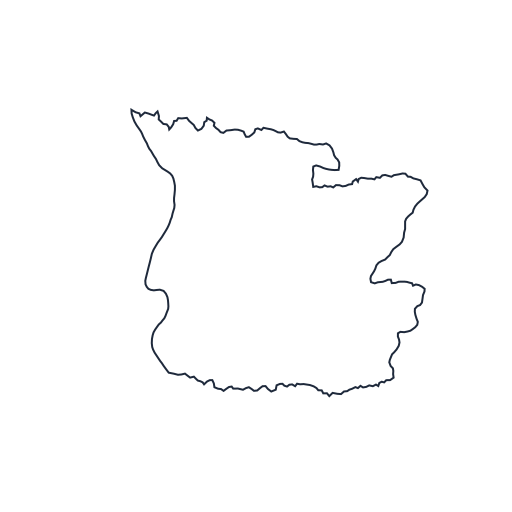 the district of Ibiaí, Minas Gerais, Brazil, rotated 28°
{"feature_id": "56859067B65559545591496", "entity_name": "Ibiaí", "entity_type": "district", "adm_level": 2, "iso_a3": "BRA", "parent_name": "Brazil", "parent_adm1": "Minas Gerais", "projection": "mercator", "projection_center": [-44.794, -16.832], "detail": "fine", "context": "isolated", "style": "outline", "palette": "slate", "viewbox_px": 512, "rotation_deg": 28, "n_neighbors": 0, "source": "geoboundaries", "source_scale": "gbopen_adm2", "svg_char_len": 4915}
<svg xmlns="http://www.w3.org/2000/svg" viewBox="0 0 512 512"><g transform="rotate(28 256 256)"><path d="M233.7,400.0L238.7,398.5L242.9,397.5L245.8,395.6L248.5,393.2L251.2,393.7L254.9,394.3L257.8,391.7L260.6,392.6L263.1,393.3L265.7,392.7L268.2,392.6L270.4,393.7L271.7,389.8L273.5,387.3L275.7,386.1L278.6,388.3L280.9,391.4L284.8,391.0L287.6,389.9L290.7,390.3L291.9,387.7L293.6,384.4L295.8,382.7L298.1,383.8L302.3,381.5L307.3,380.2L309.2,377.3L311.3,375.2L314.6,375.5L317.5,376.0L320.2,374.2L321.7,370.5L322.9,367.9L325.5,366.4L328.9,367.8L333.1,368.5L336.2,364.8L334.9,360.5L337.2,357.7L339.4,356.4L341.9,357.2L344.7,356.7L345.9,354.0L348.2,352.4L351.7,352.6L352.2,349.5L355.1,348.6L358.2,346.7L361.1,345.7L364.2,344.6L368.1,344.0L371.4,344.2L374.0,345.3L377.1,343.8L379.9,345.7L383.1,343.9L386.5,345.3L387.9,340.9L392.5,339.5L395.9,338.0L397.3,334.3L400.0,332.5L401.2,330.2L403.2,328.1L405.3,325.1L408.0,324.8L409.2,321.6L412.2,321.8L414.8,319.8L416.7,317.1L420.3,316.1L422.3,313.2L425.0,313.4L424.5,310.2L426.0,308.0L428.5,307.4L429.3,304.5L432.7,302.6L434.6,298.8L432.5,295.9L431.2,293.0L429.6,290.9L426.5,289.9L423.6,287.3L422.9,284.8L422.6,282.0L422.3,278.9L423.2,276.1L424.0,272.4L424.2,268.3L423.3,265.0L421.5,262.6L419.1,260.5L417.6,257.6L419.1,255.2L422.6,253.7L425.3,251.5L427.4,249.5L428.6,247.2L430.0,244.2L430.7,241.1L429.8,238.2L427.2,236.0L424.3,233.1L422.4,230.7L421.1,228.0L422.0,224.5L423.9,222.3L424.4,219.2L423.1,215.6L421.8,212.1L421.4,208.2L420.3,205.8L417.1,205.2L413.5,205.2L410.5,206.1L408.6,208.5L406.6,206.8L404.0,207.5L401.5,208.0L399.0,209.0L396.2,210.5L394.0,211.8L391.9,214.2L388.6,216.2L386.2,213.6L383.6,215.0L381.9,217.3L380.0,219.3L375.9,222.0L373.7,224.4L369.9,225.1L367.7,222.4L366.9,219.7L367.2,216.6L367.4,214.0L367.3,211.2L366.7,207.7L367.4,204.4L369.2,201.5L371.7,198.5L372.7,195.1L373.7,192.4L373.6,189.0L374.0,185.5L375.5,182.2L377.4,178.3L378.2,175.0L377.7,170.4L375.8,165.8L375.0,162.2L373.3,159.0L371.4,155.4L371.1,152.6L371.8,149.6L372.8,146.9L374.0,144.2L373.3,141.2L373.2,137.6L373.9,134.0L375.0,130.9L376.1,128.0L377.3,124.8L377.7,121.2L376.7,117.7L372.4,116.3L369.5,114.5L365.8,112.0L362.1,112.7L358.5,113.6L355.3,113.5L352.9,114.6L349.3,113.2L346.7,114.3L343.6,117.0L339.8,119.9L338.4,122.4L335.4,123.1L332.0,123.8L329.7,125.5L328.7,128.8L325.2,129.9L324.6,132.7L321.4,133.6L318.5,135.2L315.1,136.3L312.2,137.5L310.5,139.8L311.1,142.5L308.3,141.1L306.5,144.8L307.1,147.4L304.3,149.4L302.3,152.0L299.7,153.9L296.5,154.3L293.3,155.9L292.0,159.2L289.2,159.4L286.6,161.2L283.4,161.5L282.2,164.1L280.0,165.5L276.5,166.1L274.1,168.1L271.5,164.5L269.6,162.1L269.2,159.2L268.0,156.4L265.9,153.3L264.6,150.1L266.6,147.8L270.6,146.9L274.2,146.7L276.8,146.2L279.7,145.4L282.4,144.4L285.1,143.2L288.5,141.2L287.2,137.3L285.5,134.3L282.7,132.5L280.3,131.9L277.7,130.4L275.6,128.1L272.7,125.5L269.0,123.8L265.1,123.7L262.8,126.1L259.3,127.4L257.3,129.1L255.0,130.4L252.6,130.9L249.3,131.7L246.3,133.0L243.6,133.8L240.4,134.2L237.2,133.5L234.2,134.9L230.6,136.3L227.9,135.8L225.1,134.3L222.2,133.0L219.8,135.5L217.3,136.5L214.8,136.5L212.3,136.6L209.7,137.1L206.0,138.3L202.4,139.3L201.6,142.2L197.7,142.5L195.9,144.4L196.5,147.7L195.3,151.0L193.8,154.0L191.3,155.4L188.7,153.7L186.7,152.0L184.1,152.3L180.8,153.0L177.8,154.4L174.7,156.7L171.0,159.1L169.4,162.6L166.6,163.3L163.6,162.2L160.6,161.8L157.6,160.8L156.8,157.9L153.5,157.0L150.7,157.3L147.8,157.0L148.9,159.7L147.5,162.1L148.7,165.5L148.1,169.4L145.8,172.5L142.4,171.4L139.5,169.5L136.8,168.9L133.5,168.1L130.1,166.5L125.9,169.4L122.6,170.8L122.4,173.9L120.3,175.2L121.0,178.5L120.7,182.2L120.0,185.0L118.4,183.0L115.4,181.7L112.2,182.9L109.0,181.9L106.0,181.1L104.6,178.0L101.2,174.6L100.4,177.0L100.0,179.9L97.4,180.3L94.2,180.7L90.5,181.5L88.4,186.8L86.1,184.8L82.3,185.6L77.4,185.4L79.3,188.6L82.1,191.4L85.5,194.3L89.3,196.7L93.3,198.7L96.0,200.1L98.1,201.6L100.2,203.4L103.3,205.6L106.8,207.8L109.0,209.7L111.4,211.4L114.1,212.6L116.8,214.3L118.9,215.6L122.1,217.3L124.8,219.3L127.9,221.3L132.0,222.6L135.3,222.8L138.4,223.0L141.4,223.4L144.3,224.5L146.7,226.4L149.1,229.1L151.4,232.0L153.4,235.8L155.2,240.1L156.4,243.2L157.9,246.1L160.1,249.1L161.3,252.0L161.8,254.7L162.4,257.7L163.4,261.3L163.6,264.0L164.2,267.1L164.5,270.1L164.6,273.2L164.4,277.4L164.2,280.1L164.0,283.5L163.5,287.1L163.0,290.2L162.8,293.6L162.6,298.4L163.0,302.9L164.3,307.7L165.4,312.1L166.2,315.5L167.1,319.1L168.2,323.5L169.1,327.2L169.9,329.9L171.8,332.9L174.0,334.5L176.4,335.5L179.0,335.3L181.9,334.3L184.3,332.6L186.9,330.9L190.8,330.2L194.2,331.6L197.1,333.9L199.0,336.3L200.6,338.8L202.3,341.6L203.3,344.0L203.7,347.7L204.2,351.3L204.3,354.1L203.7,356.8L203.3,359.4L202.3,362.1L201.9,365.0L201.5,368.3L201.4,371.5L202.0,374.6L203.1,378.1L204.9,381.9L207.1,385.1L208.9,386.8L211.8,388.9L215.5,390.9L218.1,392.3L220.7,393.7L223.2,394.8L225.9,396.3L229.4,398.0L233.7,400.0Z" fill="none" stroke="#1e293b" stroke-width="2"/></g></svg>